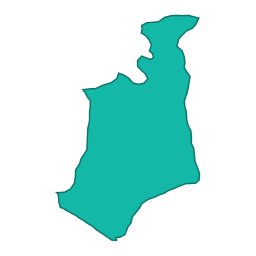 outline of Vatili, Cyprus
{"feature_id": "46923920B79733432634450", "entity_name": "Vatili", "entity_type": "district", "adm_level": 2, "iso_a3": "CYP", "parent_name": "Cyprus", "parent_adm1": "", "projection": "albers", "projection_center": [33.661, 35.144], "detail": "fine", "context": "isolated", "style": "filled", "palette": "teal", "viewbox_px": 256, "rotation_deg": 0, "n_neighbors": 0, "source": "geoboundaries", "source_scale": "gbopen_adm2", "svg_char_len": 1630}
<svg xmlns="http://www.w3.org/2000/svg" viewBox="0 0 256 256"><path d="M171.1,15.7L164.6,17.4L158.6,21.8L150.1,22.5L146.7,22.8L141.7,25.5L142.1,28.0L142.0,29.6L141.2,32.8L145.7,35.7L149.1,39.8L151.5,44.9L149.4,51.0L152.5,53.7L153.5,57.4L150.8,59.5L146.7,58.1L141.7,56.1L137.6,60.5L137.6,66.3L141.7,70.7L145.0,73.4L147.8,78.8L144.0,83.2L138.6,84.3L133.2,83.2L128.2,77.8L124.4,75.4L118.7,73.1L117.0,78.5L110.9,82.9L105.8,84.3L102.1,85.6L95.4,88.7L91.3,88.7L82.9,89.7L85.2,92.7L87.3,96.8L90.3,100.6L90.3,107.3L89.6,111.1L89.6,118.2L89.3,122.3L87.9,128.0L87.6,132.5L87.2,142.0L86.9,149.8L83.9,154.5L81.2,158.6L79.5,164.0L75.7,169.8L75.4,176.3L74.4,183.1L70.7,188.8L64.6,192.2L59.5,192.6L56.7,192.6L57.3,193.2L58.0,193.7L58.8,198.8L58.9,202.3L60.3,207.3L63.9,208.7L66.3,210.5L69.2,211.8L72.2,213.6L76.1,215.5L79.2,218.0L83.4,220.4L86.9,222.9L93.5,227.0L96.7,230.0L102.0,233.4L106.5,236.4L111.6,240.0L116.7,240.5L116.8,240.6L115.6,237.4L119.4,237.4L124.8,234.7L127.8,227.2L131.2,222.5L132.2,217.0L135.2,213.3L139.6,207.9L141.7,203.8L146.4,200.4L149.8,198.7L155.9,196.6L158.9,195.0L164.0,193.3L168.4,190.5L174.1,188.5L179.2,186.1L185.6,183.7L191.4,183.4L195.8,183.1L199.1,180.0L199.5,173.5L197.5,167.8L195.1,162.0L194.4,155.2L193.7,148.4L191.4,143.7L191.4,135.5L190.7,130.4L188.7,126.7L187.3,123.0L186.6,118.5L186.3,111.8L184.9,107.0L184.3,101.6L185.3,97.8L187.0,93.1L188.3,87.3L190.0,76.4L186.6,71.7L184.2,67.6L184.9,62.5L184.2,56.8L182.2,51.0L176.8,46.2L178.8,38.8L182.9,34.4L186.3,31.0L192.3,28.3L195.7,24.5L198.8,18.1L193.4,16.7L188.3,15.4L181.9,15.7L176.5,15.4L171.1,15.7Z" fill="#14b8a6" stroke="#0f766e" stroke-width="1.5"/></svg>